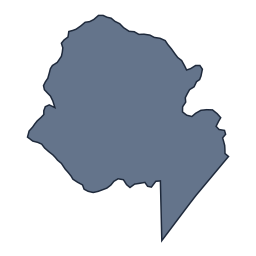 the district of Iconha, Espírito Santo, Brazil
{"feature_id": "56859067B88313113009325", "entity_name": "Iconha", "entity_type": "district", "adm_level": 2, "iso_a3": "BRA", "parent_name": "Brazil", "parent_adm1": "Espírito Santo", "projection": "mercator", "projection_center": [-40.862, -20.764], "detail": "fine", "context": "isolated", "style": "filled", "palette": "slate", "viewbox_px": 256, "rotation_deg": 0, "n_neighbors": 0, "source": "geoboundaries", "source_scale": "gbopen_adm2", "svg_char_len": 1555}
<svg xmlns="http://www.w3.org/2000/svg" viewBox="0 0 256 256"><path d="M68.8,31.5L68.0,37.0L64.0,40.0L61.4,43.2L62.8,47.8L62.3,52.2L61.4,56.3L57.3,62.4L52.4,65.5L50.4,68.7L49.4,72.6L47.8,78.3L45.4,81.8L43.5,85.6L44.4,89.7L47.2,92.7L50.4,96.0L52.8,100.9L54.9,107.6L49.2,104.9L45.3,106.7L43.8,110.7L43.8,114.5L41.1,117.4L37.3,120.8L34.9,123.8L32.7,127.0L29.1,131.0L27.5,137.1L32.8,141.1L37.8,142.4L41.7,144.1L44.6,148.0L48.7,151.6L52.8,154.8L55.2,157.3L57.6,160.2L61.4,163.4L65.2,169.1L68.4,172.7L71.1,176.1L72.9,179.2L77.5,182.2L82.5,184.9L84.1,189.2L88.1,191.3L93.2,192.5L98.1,191.4L102.4,189.8L106.9,188.1L110.8,185.1L113.9,181.3L118.1,178.8L123.4,179.7L126.6,184.7L130.0,187.5L134.6,184.1L139.2,183.4L144.9,182.4L147.6,186.3L151.4,187.1L155.8,181.3L160.4,180.9L161.8,240.6L189.9,203.3L196.0,195.4L228.5,156.5L225.0,153.5L224.9,149.2L224.7,145.5L223.6,141.3L222.6,137.9L225.6,134.3L224.5,130.4L219.0,129.5L216.1,126.3L218.6,121.3L220.7,117.7L217.2,113.7L212.5,109.9L206.7,109.7L200.9,110.3L195.6,113.3L191.9,116.5L186.7,115.2L182.5,111.9L182.6,106.8L185.7,102.1L185.3,97.7L187.3,93.7L189.6,89.6L194.1,86.8L196.5,81.7L199.6,79.6L201.0,76.0L202.4,69.2L199.9,65.5L195.6,65.5L190.7,68.6L186.6,70.0L184.6,65.9L181.7,60.6L177.7,57.5L174.9,53.8L171.5,49.0L167.7,44.4L165.2,40.6L160.1,38.3L154.2,37.4L149.9,35.1L144.0,34.2L138.9,34.4L134.2,31.7L129.1,31.3L123.6,27.7L119.7,23.7L114.8,21.3L111.2,18.2L106.9,17.2L103.1,15.4L98.5,15.4L93.8,19.5L89.7,21.6L85.1,22.3L80.7,26.0L76.1,29.2L72.9,30.4L68.8,31.5Z" fill="#64748b" stroke="#1e293b" stroke-width="1.5"/></svg>